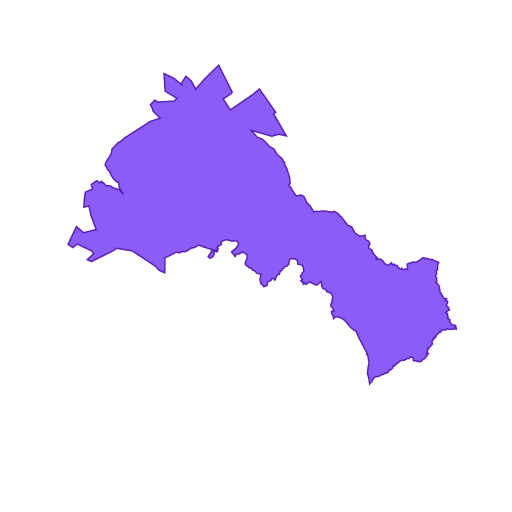 Temascaltepec, México, Mexico (Albers equal-area conic projection), rotated 225°
{"feature_id": "50627088B67806345736570", "entity_name": "Temascaltepec", "entity_type": "district", "adm_level": 2, "iso_a3": "MEX", "parent_name": "Mexico", "parent_adm1": "México", "projection": "albers", "projection_center": [-100.05, 19.108], "detail": "fine", "context": "isolated", "style": "filled", "palette": "violet", "viewbox_px": 512, "rotation_deg": 225, "n_neighbors": 0, "source": "geoboundaries", "source_scale": "gbopen_adm2", "svg_char_len": 6053}
<svg xmlns="http://www.w3.org/2000/svg" viewBox="0 0 512 512"><g transform="rotate(225 256 256)"><path d="M308.6,179.6L319.1,190.3L316.1,199.0L315.5,201.6L314.9,202.5L312.3,204.1L311.6,206.6L309.4,208.7L308.4,210.4L307.5,215.4L305.2,219.1L304.6,222.7L300.5,225.2L299.4,225.1L299.1,225.6L293.8,228.3L292.7,229.5L291.2,228.1L290.1,226.4L289.9,225.0L290.1,224.7L289.3,221.6L287.1,221.8L286.0,224.3L286.3,226.6L288.2,229.2L289.1,229.5L290.3,229.2L289.9,231.4L288.2,230.7L287.9,230.7L287.8,231.2L286.6,231.2L286.6,232.1L287.3,232.5L287.0,232.9L287.9,233.4L288.1,234.6L289.1,234.2L289.2,234.7L289.6,234.7L290.0,235.6L289.6,236.1L289.8,236.5L289.2,237.0L289.4,238.5L288.6,239.7L290.3,240.4L290.5,242.3L290.0,242.9L290.4,243.3L288.5,246.5L284.4,249.2L283.4,249.4L282.6,250.8L281.2,252.2L280.1,252.8L278.6,253.0L277.3,252.5L276.0,249.9L275.7,247.4L276.2,241.6L270.4,240.9L270.3,241.2L271.3,243.2L269.1,245.9L269.0,247.3L268.2,249.2L266.0,250.1L263.4,250.4L261.2,248.9L258.5,243.1L257.3,242.3L254.6,242.8L252.8,242.8L250.7,243.8L248.8,243.6L246.3,244.6L243.2,244.4L239.1,246.8L238.4,244.8L236.4,242.1L235.3,241.2L232.5,239.9L232.3,240.3L228.8,239.8L227.4,242.7L229.4,246.0L228.1,249.0L228.7,251.7L228.1,252.7L225.8,252.1L225.7,252.7L226.5,254.9L227.5,256.7L227.3,258.8L226.5,259.6L228.0,262.0L227.5,264.6L228.2,265.5L227.8,266.7L228.1,268.8L226.9,270.9L227.1,273.8L228.5,274.8L229.8,278.0L229.0,279.5L227.4,280.4L226.7,281.5L223.4,282.0L220.6,279.8L217.8,281.8L216.0,281.9L214.9,281.5L211.5,279.1L211.2,276.4L210.4,275.2L210.6,274.1L210.4,273.2L209.8,272.8L206.6,272.2L206.9,270.2L204.7,270.2L204.3,270.9L202.8,269.6L203.0,271.1L200.7,270.9L200.7,272.8L200.3,272.8L199.6,276.0L198.5,276.0L193.9,277.5L192.2,278.7L192.3,281.1L191.9,284.1L187.7,280.9L186.5,280.5L185.4,280.4L184.4,281.2L182.8,281.3L182.2,281.6L180.7,280.7L179.0,281.9L177.9,281.9L176.9,282.8L173.4,281.7L171.9,280.3L170.7,278.2L169.5,277.0L169.1,275.2L167.8,273.5L165.3,273.5L162.0,272.4L162.7,271.1L163.2,271.0L163.4,270.0L161.5,268.6L160.6,268.7L158.8,268.0L156.9,266.6L156.9,268.4L156.3,269.9L153.4,271.8L150.6,272.8L147.2,273.2L138.6,272.4L134.2,272.9L132.5,273.5L131.4,273.3L125.3,270.9L108.5,265.8L108.4,264.7L106.1,264.4L100.4,260.3L98.4,257.1L93.9,251.5L90.1,249.6L85.2,245.9L85.6,247.8L85.2,248.9L86.1,250.1L85.9,251.7L86.6,253.3L86.2,254.9L83.9,258.0L83.6,260.1L82.0,262.9L82.2,264.2L81.4,264.9L80.3,266.9L80.3,268.0L81.4,269.2L80.3,270.6L80.1,273.3L81.4,274.7L80.4,275.8L80.8,277.0L80.1,278.7L80.3,280.4L79.8,282.1L79.9,283.9L78.7,285.9L77.2,287.6L76.7,290.1L76.3,290.9L75.4,291.5L75.4,293.9L74.0,294.7L72.4,295.0L71.2,293.5L70.1,293.4L69.4,294.7L67.4,295.4L67.1,296.4L65.8,296.6L64.8,298.0L64.6,299.4L65.0,300.9L64.3,302.5L64.6,306.6L66.3,307.2L66.3,307.9L65.0,308.5L65.0,308.9L66.8,308.6L67.0,309.4L68.3,310.7L68.2,312.4L69.2,312.3L69.4,312.6L68.7,314.8L69.0,317.9L69.1,318.7L71.2,319.8L71.2,321.4L72.0,322.2L72.1,322.6L71.5,323.5L72.5,324.3L71.3,325.6L72.6,327.0L72.3,327.7L72.3,329.0L72.8,330.5L72.6,331.1L71.9,331.6L72.5,332.7L71.7,333.0L72.3,334.2L72.1,334.6L71.1,336.5L69.5,337.9L69.8,339.3L68.4,340.0L66.8,341.4L66.5,342.2L64.9,343.3L64.3,345.0L62.0,346.2L62.9,346.0L64.2,347.1L64.8,346.2L65.4,346.3L65.9,348.0L68.9,345.9L72.8,346.6L73.7,348.0L74.8,347.9L76.3,347.3L76.5,347.4L76.9,348.8L78.3,349.0L79.7,350.6L80.2,350.8L81.7,350.2L82.1,350.4L81.6,353.6L80.9,354.4L81.0,354.8L82.7,354.5L83.2,355.7L85.7,355.5L86.8,356.4L87.7,358.7L88.5,359.4L89.6,359.2L90.2,358.2L90.7,358.1L91.0,360.6L91.7,360.3L93.2,358.7L96.5,359.9L101.2,361.0L102.2,362.4L103.7,362.3L104.9,364.4L106.6,364.2L108.4,364.9L110.1,364.4L110.5,366.2L112.8,368.2L114.8,368.7L115.2,369.1L115.7,371.2L118.1,372.8L117.9,374.8L121.4,378.1L121.8,380.1L122.4,380.6L127.5,378.4L128.9,378.4L130.3,376.5L133.0,375.5L133.8,375.0L133.9,373.9L135.7,373.7L136.8,372.7L137.6,366.8L138.1,366.4L137.9,365.4L140.8,362.6L141.7,360.5L142.3,360.1L143.4,357.1L139.7,354.0L139.8,353.3L141.3,352.5L141.4,351.4L141.9,350.7L143.1,350.1L144.3,350.5L144.5,349.1L145.6,348.3L146.4,348.7L148.0,348.3L148.3,348.7L149.8,349.1L150.8,347.8L152.5,348.0L153.3,346.1L155.4,347.0L156.0,342.9L156.9,342.2L159.9,341.6L162.4,342.4L163.7,341.8L165.7,342.1L168.1,339.1L169.0,338.7L169.4,338.8L169.5,339.3L168.5,340.1L168.6,340.4L174.1,340.5L176.0,341.4L178.2,341.8L178.4,342.2L179.4,341.7L182.0,341.6L183.8,343.1L183.8,344.9L184.3,345.4L187.0,346.1L189.2,345.3L190.5,345.4L191.6,345.9L193.4,347.8L196.4,343.5L202.2,342.2L209.0,344.3L212.8,342.6L223.3,344.0L226.6,343.7L227.3,344.0L229.4,343.7L232.4,342.9L232.9,341.0L239.8,335.9L243.8,331.1L245.8,329.4L246.0,327.9L253.4,329.7L257.7,329.7L263.9,331.9L267.6,330.8L268.7,328.5L270.4,326.9L277.3,328.3L280.0,329.2L281.9,329.0L283.5,329.4L282.9,331.1L287.5,335.1L296.0,339.6L301.0,341.1L302.1,342.6L304.2,342.2L305.9,343.3L312.9,342.7L318.8,344.3L324.3,342.9L329.8,343.3L333.5,343.1L335.1,342.7L339.2,340.8L348.1,341.5L329.4,352.0L326.0,358.2L319.5,362.4L344.0,368.9L343.6,371.5L371.7,376.5L372.5,367.4L377.5,341.1L390.3,343.9L388.4,352.8L388.6,355.0L417.3,364.5L417.5,345.5L416.6,331.1L418.1,331.9L425.6,334.0L432.6,333.5L431.1,326.3L429.2,324.7L440.2,323.5L450.0,320.0L436.8,308.3L423.6,311.6L423.3,307.8L434.1,295.6L437.8,294.6L437.6,288.2L432.8,286.8L431.4,285.7L421.2,285.7L425.9,276.4L432.5,245.9L432.8,239.7L433.7,239.3L433.4,230.0L432.8,228.7L431.6,227.8L430.0,223.4L429.0,218.4L427.6,214.5L426.4,213.3L424.0,213.1L422.5,212.2L419.7,212.3L416.0,210.9L411.5,209.8L407.2,209.8L405.2,210.8L401.1,207.9L398.4,206.9L397.1,206.7L396.4,206.3L395.0,206.6L394.7,206.1L393.1,205.9L396.9,205.9L397.2,206.6L398.7,206.0L400.1,206.2L402.8,204.3L406.7,202.8L407.6,203.0L412.1,199.7L415.9,199.9L416.4,199.1L418.1,199.5L418.5,197.0L421.1,196.9L421.9,196.4L423.1,190.1L418.9,187.7L421.8,180.5L417.7,175.0L412.2,168.8L409.8,173.3L402.6,168.9L402.0,168.2L387.7,161.8L394.3,150.5L403.7,149.8L397.2,131.4L391.5,132.4L390.9,138.0L375.6,143.5L372.4,142.7L372.7,134.1L368.4,135.8L360.7,158.8L360.0,162.9L347.3,172.0L318.8,177.9L316.5,177.3L313.7,177.6L308.6,179.6Z" fill="#8b5cf6" stroke="#5b21b6" stroke-width="1.5"/></g></svg>